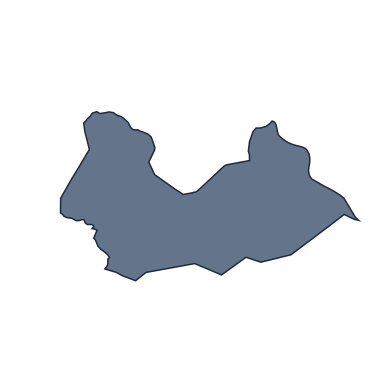 the district of Luzilândia, Piauí, Brazil, rotated 53°
{"feature_id": "56859067B92615603488319", "entity_name": "Luzilândia", "entity_type": "district", "adm_level": 2, "iso_a3": "BRA", "parent_name": "Brazil", "parent_adm1": "Piauí", "projection": "mercator", "projection_center": [-42.399, -3.602], "detail": "fine", "context": "isolated", "style": "filled", "palette": "slate", "viewbox_px": 384, "rotation_deg": 53, "n_neighbors": 0, "source": "geoboundaries", "source_scale": "gbopen_adm2", "svg_char_len": 1700}
<svg xmlns="http://www.w3.org/2000/svg" viewBox="0 0 384 384"><g transform="rotate(53 192 192)"><path d="M267.4,82.7L253.7,88.5L251.7,88.6L249.4,88.3L246.1,86.7L244.4,85.6L239.0,80.0L236.5,78.0L234.0,76.5L231.7,75.5L227.0,75.0L225.0,75.5L222.5,76.8L215.4,82.5L211.5,84.9L208.0,86.5L203.9,87.7L199.5,88.6L197.1,88.3L193.2,86.4L189.1,84.5L186.1,84.0L183.6,85.2L184.2,89.5L184.2,93.4L182.1,98.7L179.5,102.4L180.4,106.7L186.4,115.8L190.5,119.7L193.2,122.4L197.0,123.8L199.8,126.0L201.6,127.0L194.8,140.6L191.2,147.9L190.6,150.2L193.9,181.5L194.5,188.2L192.3,193.3L188.6,200.6L184.8,201.8L180.5,203.5L155.7,211.4L142.1,208.5L136.1,196.8L134.0,194.8L127.8,192.8L123.5,191.5L119.3,192.3L116.8,193.8L114.2,195.3L112.3,196.7L109.7,197.9L107.9,200.4L106.2,201.8L103.6,202.1L101.1,201.8L98.3,201.1L94.6,201.8L91.2,202.5L89.0,203.3L86.2,205.4L81.3,207.1L78.2,209.9L77.1,212.2L74.0,218.3L70.6,219.7L69.0,224.0L70.2,227.5L70.7,231.8L71.5,234.3L71.6,236.9L73.9,238.2L78.6,240.9L96.3,248.4L104.4,268.3L109.1,280.2L110.0,282.3L118.0,300.7L129.5,309.6L131.9,308.8L134.2,308.9L137.1,307.4L140.7,303.8L145.2,301.8L146.8,299.5L147.8,296.6L149.3,294.9L152.5,295.9L154.9,295.2L158.0,291.3L160.4,291.0L161.1,293.9L163.0,292.0L165.5,290.9L166.8,293.3L169.7,298.3L172.1,298.0L179.0,299.8L182.5,299.3L187.2,298.0L191.5,297.1L194.5,297.2L195.1,299.8L198.6,302.4L199.9,304.1L201.0,307.9L208.0,302.8L210.4,300.9L216.8,298.1L228.9,290.4L228.6,277.0L239.7,255.0L241.0,252.4L250.8,232.9L276.0,218.3L276.6,188.2L289.5,179.2L301.7,150.7L301.7,124.7L301.7,115.0L301.7,99.2L301.5,84.0L311.2,79.0L315.0,75.9L310.5,76.7L288.2,74.4L284.3,75.4L277.0,78.1L270.8,80.9L267.4,82.7Z" fill="#64748b" stroke="#1e293b" stroke-width="1.5"/></g></svg>